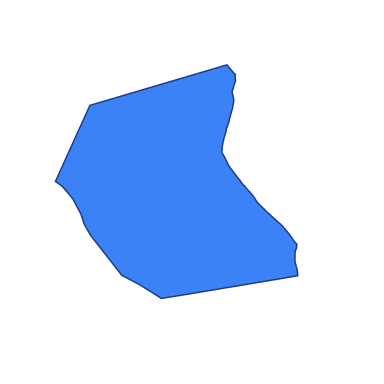 outline of Trois Piton, Castries, Saint Lucia, rotated 142°
{"feature_id": "8701671B60571960824161", "entity_name": "Trois Piton", "entity_type": "district", "adm_level": 2, "iso_a3": "LCA", "parent_name": "Saint Lucia", "parent_adm1": "Castries", "projection": "albers", "projection_center": [-60.974, 13.989], "detail": "fine", "context": "isolated", "style": "filled", "palette": "blue", "viewbox_px": 384, "rotation_deg": 142, "n_neighbors": 0, "source": "geoboundaries", "source_scale": "gbopen_adm2", "svg_char_len": 2444}
<svg xmlns="http://www.w3.org/2000/svg" viewBox="0 0 384 384"><g transform="rotate(142 192 192)"><path d="M160.2,60.9L157.0,65.9L154.8,71.3L153.9,73.5L150.6,77.7L147.8,81.2L145.5,82.7L144.1,83.6L142.1,85.7L141.4,86.5L141.8,88.1L141.8,88.6L141.9,89.1L141.7,91.6L141.7,93.1L141.6,94.1L141.5,94.7L141.5,96.2L141.3,98.2L141.3,99.1L141.4,99.9L141.4,101.0L141.4,101.5L141.4,102.6L141.5,104.9L141.6,106.0L141.7,107.7L141.6,109.1L141.9,111.1L142.0,111.6L142.1,112.7L142.2,113.1L142.4,113.9L142.8,115.6L143.0,117.5L143.3,118.6L143.4,119.1L143.5,119.6L143.6,120.6L143.9,122.2L144.2,123.8L144.3,124.5L144.4,125.7L144.6,126.7L145.0,128.7L145.2,129.8L145.4,130.6L145.4,131.2L145.5,132.5L145.6,133.6L145.7,134.1L145.7,134.4L145.9,135.2L146.1,137.5L146.3,138.8L146.6,140.1L146.7,140.5L146.7,141.4L146.8,142.1L146.8,142.8L146.8,144.0L146.8,144.6L146.8,145.1L146.7,146.3L146.5,147.8L146.3,150.3L146.3,151.7L146.3,153.3L146.4,156.6L146.7,158.0L146.8,158.4L146.7,159.8L146.9,161.4L146.8,163.4L147.1,165.0L147.2,166.5L147.2,167.3L147.2,169.1L147.2,170.1L147.0,171.4L147.1,173.6L147.2,174.5L147.1,176.7L147.1,177.7L147.1,178.0L147.1,179.7L147.1,180.5L147.1,181.7L147.1,183.3L146.9,184.4L147.1,186.2L147.0,187.6L146.8,189.7L146.7,190.4L146.5,191.8L146.3,192.9L146.1,193.7L145.9,194.4L145.5,196.7L145.1,198.0L144.9,199.9L144.6,200.9L144.4,202.6L144.3,203.3L144.0,204.6L143.2,205.9L142.2,206.9L140.5,208.7L139.9,209.5L138.4,210.7L138.1,211.0L137.3,211.7L136.8,212.2L135.9,213.0L134.9,213.6L133.6,214.8L132.4,215.6L131.9,215.9L130.8,216.7L129.7,217.5L129.2,217.8L127.9,218.7L126.3,220.2L125.9,220.6L125.6,220.8L124.4,221.4L122.7,222.7L121.7,223.2L121.5,223.4L119.8,224.5L119.2,225.0L118.8,225.3L118.0,226.1L117.6,226.5L116.8,226.9L114.8,228.4L113.8,229.4L112.4,230.1L111.3,231.1L109.8,232.1L108.6,233.0L107.4,234.2L107.0,234.6L106.4,235.1L104.8,236.4L104.3,236.7L104.0,237.0L103.5,237.6L102.6,238.7L101.7,240.0L100.9,241.6L100.1,243.1L99.9,243.8L99.6,244.6L99.2,245.5L98.2,246.6L97.4,247.2L96.1,248.0L94.9,249.0L93.7,249.9L93.2,250.3L92.0,251.2L91.3,251.6L90.6,251.9L89.7,252.5L89.4,252.7L88.8,253.5L88.4,254.4L85.8,257.9L85.4,258.0L85.8,259.5L86.0,264.3L86.2,270.7L219.1,323.1L293.1,284.4L290.7,276.2L290.3,266.7L290.1,259.9L291.8,250.5L293.1,243.0L293.8,241.1L296.8,232.9L298.0,224.4L298.6,220.4L298.6,195.3L298.6,169.6L290.7,152.0L287.8,144.2L287.7,143.9L282.1,128.3L281.7,127.0L241.3,104.9L160.2,60.9Z" fill="#3b82f6" stroke="#1e3a8a" stroke-width="1.5"/></g></svg>